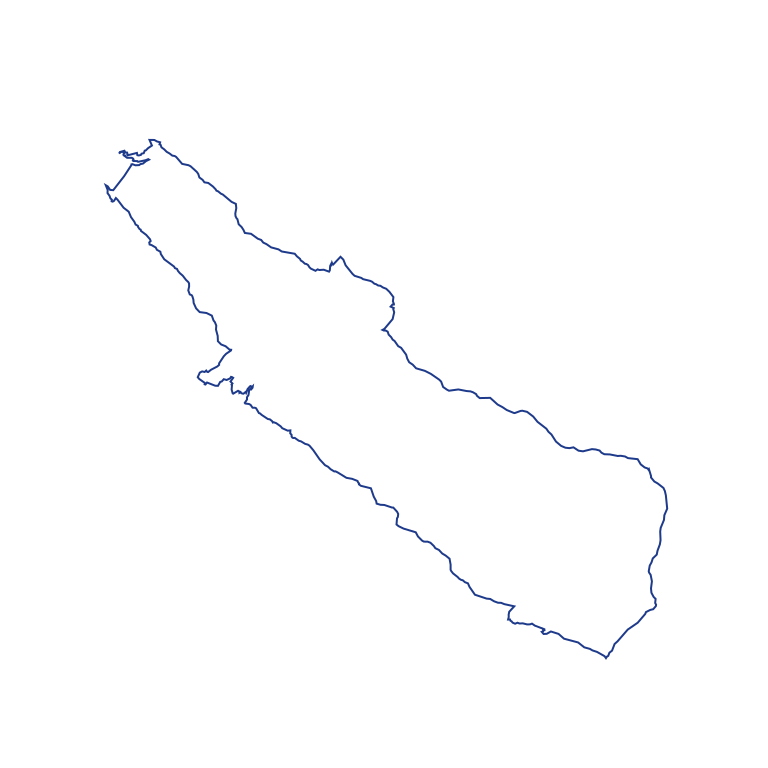 Berlesti, Gorj, Romania (Equal Earth projection), rotated 135°
{"feature_id": "2599482B7961046416190", "entity_name": "Berlesti", "entity_type": "district", "adm_level": 2, "iso_a3": "ROU", "parent_name": "Romania", "parent_adm1": "Gorj", "projection": "equal_earth", "projection_center": [23.658, 44.916], "detail": "fine", "context": "isolated", "style": "outline", "palette": "blue", "viewbox_px": 768, "rotation_deg": 135, "n_neighbors": 0, "source": "geoboundaries", "source_scale": "gbopen_adm2", "svg_char_len": 6114}
<svg xmlns="http://www.w3.org/2000/svg" viewBox="0 0 768 768"><g transform="rotate(135 384 384)"><path d="M440.2,721.3L442.2,716.6L444.5,714.5L445.0,711.2L446.2,708.7L446.1,706.8L447.4,705.8L446.9,704.8L445.5,704.4L442.1,705.1L442.1,702.7L443.5,692.8L442.7,686.3L444.9,680.9L445.8,675.3L446.9,672.4L446.2,669.9L446.9,668.8L447.3,666.4L446.9,665.2L447.6,664.1L446.7,657.6L447.1,651.8L447.9,650.1L449.9,650.1L451.1,648.4L450.1,646.5L448.9,641.9L449.7,639.5L448.6,635.7L449.9,633.7L451.2,627.6L449.4,615.4L449.9,613.8L449.0,611.7L449.7,609.8L450.0,606.9L449.7,603.0L450.4,597.5L450.3,594.5L450.7,593.0L452.9,590.7L456.2,588.6L458.0,584.7L457.2,582.8L457.5,581.5L459.1,578.5L461.3,575.9L463.4,570.3L463.5,565.2L459.3,559.7L457.4,554.1L459.6,549.5L459.9,547.2L461.3,543.9L464.3,541.3L467.6,535.6L471.2,531.7L471.2,527.1L469.3,522.7L468.9,517.5L467.9,516.3L468.5,515.9L474.3,517.0L477.7,516.9L486.0,515.2L487.1,514.1L489.6,514.3L496.3,516.4L499.9,516.8L500.4,517.5L500.2,519.2L502.3,519.3L503.7,521.5L506.2,522.3L510.9,520.5L511.1,518.2L509.9,511.2L511.0,510.6L510.6,509.9L508.1,510.2L504.6,502.2L502.7,500.1L498.3,501.3L496.9,500.5L493.9,500.7L492.4,498.1L488.9,496.8L487.1,497.2L486.5,496.1L486.3,495.0L490.8,494.3L490.8,491.5L492.3,491.3L492.4,490.6L495.7,487.8L497.6,484.4L497.5,483.8L492.0,482.4L491.6,481.1L492.5,480.0L491.1,479.7L491.4,478.7L491.0,477.5L490.2,476.5L487.2,476.2L487.6,475.3L484.0,476.9L480.3,477.1L479.7,476.8L480.3,475.2L478.4,475.2L479.6,474.3L481.7,474.1L481.8,474.8L483.0,474.8L483.1,476.0L483.7,476.0L484.8,474.1L487.7,472.0L490.3,471.5L491.8,469.9L495.8,469.1L495.9,468.3L493.6,465.3L493.1,463.6L493.7,460.2L492.1,458.5L491.6,457.3L493.0,451.9L492.4,450.6L492.4,448.9L490.9,441.4L489.7,439.7L489.4,437.0L489.8,435.3L489.1,435.1L487.9,432.5L487.0,427.1L487.2,424.7L485.1,419.1L483.0,417.4L485.2,415.4L485.3,413.4L486.5,412.2L486.7,410.9L486.4,410.0L485.2,409.0L484.4,404.2L483.2,402.0L482.1,397.4L480.7,395.0L480.3,393.1L480.8,387.2L482.8,376.2L483.1,368.3L482.1,365.1L482.0,361.4L481.0,357.3L480.1,356.6L479.3,354.3L476.9,344.2L473.6,339.5L471.3,334.2L472.0,332.4L471.9,331.3L472.7,330.7L472.3,328.3L467.0,319.5L470.9,311.6L472.3,306.8L473.8,304.6L471.9,301.1L469.3,298.2L465.7,291.0L464.8,290.0L465.1,284.3L465.9,282.0L468.2,280.2L469.8,279.8L474.5,275.8L474.2,273.1L472.4,267.9L466.4,256.7L467.8,252.2L467.8,246.1L467.2,244.3L464.6,241.6L463.4,238.9L463.3,234.2L463.8,231.6L462.5,227.8L462.7,223.0L461.7,219.0L461.2,214.1L464.7,209.1L468.3,205.5L468.7,204.3L469.1,201.3L468.4,195.5L468.5,193.1L467.9,190.8L467.1,189.6L466.9,186.6L465.6,183.7L467.0,180.1L468.7,170.7L463.2,159.7L460.9,156.9L459.8,152.5L458.1,148.8L455.9,146.4L454.6,143.3L449.1,134.7L456.5,134.4L458.9,132.8L460.6,131.0L462.8,129.7L461.4,128.4L462.0,127.1L461.6,126.1L461.8,124.3L460.8,121.8L458.4,120.8L457.6,118.9L455.1,116.6L452.8,112.8L450.7,110.8L448.8,109.9L448.2,106.5L444.0,97.2L444.5,96.6L445.4,97.6L446.2,96.6L447.7,97.2L447.9,94.4L445.6,92.3L441.0,91.0L437.3,83.9L436.8,76.6L429.5,64.0L428.6,56.2L425.7,51.1L425.0,48.3L422.8,43.9L420.5,35.6L420.9,33.2L419.2,33.6L417.7,33.2L414.6,34.6L411.3,34.2L404.8,37.1L400.8,36.9L385.3,38.0L373.4,35.8L361.8,36.7L360.1,37.5L355.5,36.0L352.9,34.4L348.9,34.7L347.7,35.5L347.1,37.4L343.9,40.0L343.9,42.8L342.5,47.3L339.7,50.7L334.1,55.0L330.4,60.5L329.9,63.2L329.2,64.4L324.5,67.7L321.0,68.7L317.3,70.6L311.8,70.5L308.5,72.7L302.4,75.5L298.9,78.0L293.0,84.4L290.1,86.6L282.2,89.9L278.5,93.0L271.9,95.6L263.4,106.0L261.1,109.7L259.9,112.9L260.8,120.2L261.8,123.9L261.3,129.1L260.3,130.0L256.9,136.4L257.6,136.3L257.3,137.8L258.7,140.7L259.3,145.6L257.8,151.5L263.9,159.1L264.8,162.3L267.4,165.9L269.6,167.8L274.1,174.5L277.9,178.6L278.8,181.7L278.6,184.5L280.6,188.0L283.0,190.9L290.9,195.7L293.6,199.3L294.8,205.2L298.3,207.6L300.8,210.7L302.5,215.0L303.1,221.7L301.3,229.9L301.5,233.9L300.8,237.6L302.2,248.7L301.5,255.5L302.5,263.1L305.1,267.3L306.5,268.4L312.1,271.0L312.7,271.8L315.6,278.8L316.6,283.9L318.2,289.2L318.7,299.1L326.3,306.4L326.6,310.0L326.0,311.6L326.9,315.2L328.1,317.7L330.5,320.5L335.3,327.6L342.8,333.3L343.5,335.5L344.3,340.1L341.9,345.3L341.9,348.1L343.7,358.0L345.8,364.4L350.2,372.4L350.0,377.3L350.8,381.6L349.6,385.5L347.6,389.1L346.3,397.5L347.2,400.7L346.1,407.0L346.5,409.2L345.8,412.1L345.8,415.6L344.4,418.4L345.0,420.6L346.3,421.9L346.8,423.3L344.7,422.7L332.0,423.8L326.1,427.5L324.5,430.4L323.4,430.8L324.6,434.0L321.8,434.2L320.9,433.2L320.5,433.4L319.2,436.2L315.9,438.8L315.0,445.3L315.1,449.8L316.5,453.0L317.1,456.0L318.5,457.8L319.0,460.1L319.9,461.7L320.1,464.7L320.8,466.6L324.7,473.0L325.0,475.0L328.3,481.3L328.4,484.2L327.2,495.1L324.8,500.7L324.8,504.7L335.5,504.4L335.7,505.2L335.2,506.4L338.1,504.7L337.3,506.0L338.5,505.6L341.9,502.7L343.4,502.3L345.8,507.4L349.1,510.3L349.9,512.0L352.4,512.5L354.1,517.2L354.2,519.2L353.6,521.8L354.0,523.7L354.9,525.0L355.0,528.0L355.5,530.2L354.9,531.9L355.3,535.8L355.0,539.2L362.6,550.0L363.4,553.8L367.2,560.4L368.2,566.0L369.4,569.4L369.0,572.7L370.5,576.0L371.8,584.2L375.6,589.2L374.4,592.4L373.7,595.7L373.8,599.7L371.1,604.2L371.1,605.4L370.3,607.7L368.6,609.7L364.1,612.8L361.4,616.1L363.0,620.6L364.0,632.0L364.7,633.8L365.1,637.6L365.8,639.2L365.4,640.6L365.3,644.6L366.1,650.4L368.4,653.6L367.9,656.6L368.5,660.6L366.8,663.9L366.4,666.3L366.8,674.7L367.5,676.9L371.1,682.4L370.4,691.5L370.8,693.2L372.2,695.2L372.6,698.5L373.5,701.9L373.5,705.4L374.0,708.7L372.8,711.2L373.3,712.2L371.4,713.2L373.0,716.0L373.8,718.9L377.2,722.4L379.5,716.7L384.0,717.6L387.2,717.6L388.2,718.2L390.7,717.1L392.6,718.3L393.9,717.9L395.8,719.0L396.6,720.2L395.3,722.1L403.4,726.9L402.0,729.3L403.2,730.6L402.6,732.5L406.7,734.8L408.3,734.3L405.8,734.0L404.4,732.7L404.7,730.8L405.9,730.6L406.4,729.9L406.2,728.9L405.5,728.4L406.1,728.2L405.7,725.6L402.4,722.3L402.0,720.7L402.5,719.7L403.4,719.8L403.6,719.0L400.8,716.0L401.0,715.5L400.5,714.8L394.3,710.8L391.7,709.7L391.5,708.8L394.7,709.9L398.6,710.3L400.7,711.7L402.3,711.9L405.1,714.4L406.5,717.4L408.0,718.3L407.4,717.5L420.8,714.7L438.4,712.5L440.4,714.9L439.6,719.0L440.2,721.3Z" fill="none" stroke="#1e3a8a" stroke-width="2"/></g></svg>